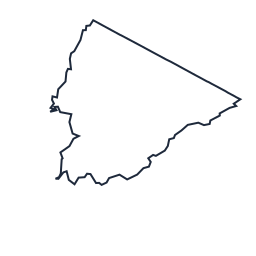 Morehouse, Louisiana, United States of America (Mercator projection), rotated 28°
{"feature_id": "52423323B62333237786738", "entity_name": "Morehouse", "entity_type": "district", "adm_level": 2, "iso_a3": "USA", "parent_name": "United States of America", "parent_adm1": "Louisiana", "projection": "mercator", "projection_center": [-91.791, 32.757], "detail": "fine", "context": "isolated", "style": "outline", "palette": "slate", "viewbox_px": 256, "rotation_deg": 28, "n_neighbors": 0, "source": "geoboundaries", "source_scale": "gbopen_adm2", "svg_char_len": 1224}
<svg xmlns="http://www.w3.org/2000/svg" viewBox="0 0 256 256"><g transform="rotate(28 128 128)"><path d="M213.7,49.9L209.1,50.0L207.2,49.9L199.6,49.9L196.7,49.7L181.1,49.7L177.7,49.6L175.8,49.8L175.7,49.8L168.0,49.7L165.7,49.7L163.3,49.7L163.1,49.7L134.6,49.4L129.5,49.6L97.8,49.4L78.1,49.4L77.6,49.5L46.7,49.2L46.2,55.4L43.3,57.4L44.8,61.4L42.3,62.8L44.7,72.6L44.5,85.4L42.7,88.8L44.2,94.3L50.1,102.9L47.2,104.0L47.5,107.9L51.0,116.3L48.2,126.5L51.0,134.4L46.5,135.5L47.7,138.8L51.1,141.2L50.2,146.6L53.6,146.2L51.7,150.2L56.5,145.9L53.2,143.9L56.1,142.1L60.7,145.8L71.5,142.4L73.5,150.3L81.7,158.9L88.3,158.2L84.9,163.1L84.8,171.5L79.8,181.3L84.5,185.5L84.1,186.7L90.0,199.7L90.2,203.8L87.8,206.8L90.4,205.5L91.8,197.5L94.1,195.0L100.1,201.6L107.2,202.8L107.7,195.0L112.8,191.8L113.3,187.6L116.5,186.3L125.6,191.6L128.3,190.0L131.4,190.6L134.7,186.2L134.8,181.1L142.4,173.2L151.4,173.8L158.0,164.8L160.5,156.2L164.6,152.3L164.0,147.3L160.1,145.2L162.8,140.0L165.7,139.5L171.1,130.7L171.6,125.2L169.7,118.6L173.2,115.4L172.8,112.1L176.3,105.2L179.3,97.2L187.6,90.3L193.7,89.8L198.2,86.1L197.2,82.7L203.2,73.9L202.1,72.1L208.3,62.5L213.2,57.8L210.0,56.9L213.7,49.9Z" fill="none" stroke="#1e293b" stroke-width="2"/></g></svg>